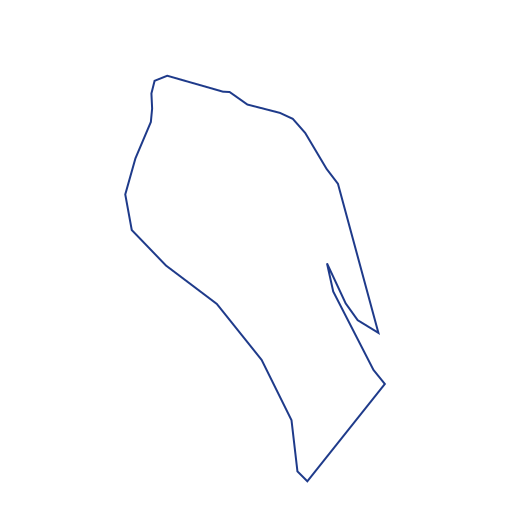 outline of San Salvador, rotated 315°
{"feature_id": "BHS-5031", "entity_name": "San Salvador", "entity_type": "District", "adm_level": 1, "iso_a3": "BHS", "parent_name": "The Bahamas", "parent_adm1": "", "projection": "orthographic", "projection_center": [-74.482, 24.049], "detail": "fine", "context": "isolated", "style": "outline", "palette": "blue", "viewbox_px": 512, "rotation_deg": 315, "n_neighbors": 0, "source": "natural_earth", "source_scale": "10m", "svg_char_len": 521}
<svg xmlns="http://www.w3.org/2000/svg" viewBox="0 0 512 512"><g transform="rotate(315 256 256)"><path d="M301.0,311.4L285.5,335.7L258.5,419.6L256.6,437.6L133.0,451.6L133.0,437.6L165.0,397.2L186.5,333.5L194.4,262.2L185.6,199.2L186.5,149.8L207.1,120.0L239.8,101.7L276.4,86.9L286.8,78.3L297.0,67.1L308.2,60.4L320.7,65.8L348.8,116.4L353.3,121.4L357.0,142.8L374.1,171.7L379.0,185.1L377.8,203.8L367.5,244.3L365.0,262.9L288.2,396.9L282.5,373.3L285.9,352.9L301.0,311.4Z" fill="none" stroke="#1e3a8a" stroke-width="2"/></g></svg>